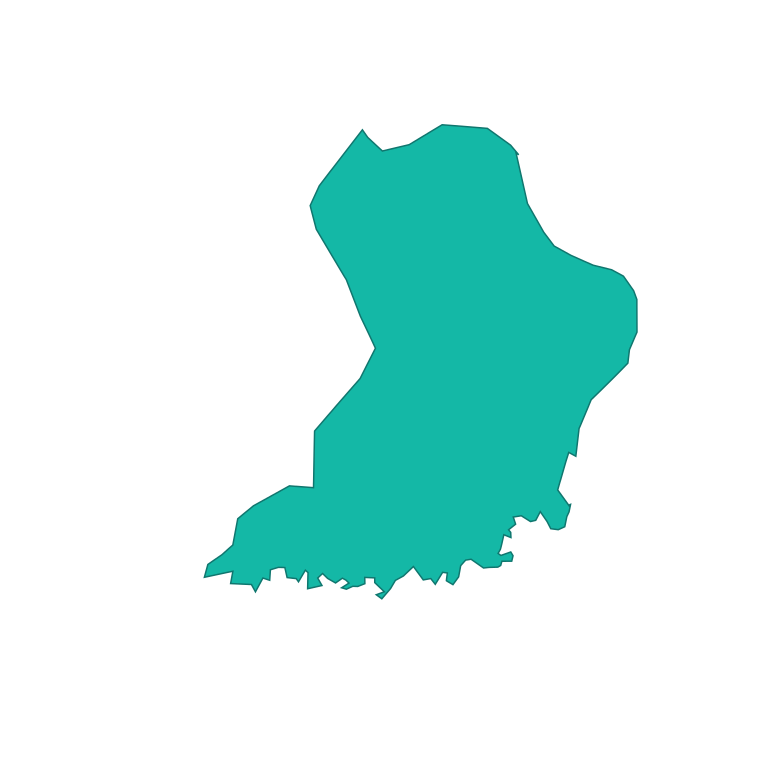 Buu-Yao, Nimba, Liberia (Albers equal-area conic projection), rotated 55°
{"feature_id": "62588387B45934307689461", "entity_name": "Buu-Yao", "entity_type": "district", "adm_level": 2, "iso_a3": "LBR", "parent_name": "Liberia", "parent_adm1": "Nimba", "projection": "albers", "projection_center": [-8.418, 6.861], "detail": "fine", "context": "isolated", "style": "filled", "palette": "teal", "viewbox_px": 768, "rotation_deg": 55, "n_neighbors": 0, "source": "geoboundaries", "source_scale": "gbopen_adm2", "svg_char_len": 2510}
<svg xmlns="http://www.w3.org/2000/svg" viewBox="0 0 768 768"><g transform="rotate(55 384 384)"><path d="M383.6,468.5L398.4,479.3L424.0,497.9L424.5,498.3L428.5,501.2L417.6,514.5L417.1,515.2L413.2,519.9L411.3,538.0L409.6,554.2L408.9,560.9L409.3,565.5L409.7,571.3L410.5,581.1L429.2,600.2L429.8,605.7L430.9,614.7L430.8,625.2L430.8,630.3L430.8,631.8L439.3,642.0L448.7,619.8L450.7,615.2L459.5,624.1L472.2,607.6L480.5,608.5L473.5,594.5L477.5,591.5L479.2,590.2L471.0,583.6L473.6,575.7L476.1,572.3L477.5,570.5L487.0,574.4L493.1,567.5L497.0,567.5L491.4,555.2L494.1,554.6L494.9,554.4L507.9,564.0L513.5,550.4L504.9,549.6L504.0,543.0L508.3,542.2L510.9,541.7L519.2,537.8L519.2,534.7L519.2,529.5L522.7,527.7L527.0,526.9L526.6,535.6L530.5,532.5L531.8,525.6L534.8,521.6L536.0,516.6L536.1,516.1L536.6,514.2L531.4,510.7L537.5,502.8L541.4,505.5L554.4,502.9L552.2,511.2L558.7,509.0L555.6,497.0L555.3,495.9L551.4,487.3L552.4,478.2L551.7,473.5L550.4,464.6L567.0,464.2L570.2,457.3L577.5,456.9L571.9,444.0L574.1,441.6L575.1,440.5L575.9,441.2L579.4,444.4L580.9,445.7L581.5,445.5L587.9,442.6L584.8,433.5L576.8,425.4L575.6,420.4L575.1,418.1L577.5,413.2L591.8,408.0L594.5,403.1L599.3,395.8L599.6,392.5L596.8,389.1L602.4,381.0L598.7,376.8L594.3,376.5L591.5,386.6L588.2,387.7L586.2,383.5L584.6,381.6L582.6,379.3L576.2,372.3L582.6,368.1L578.2,365.3L574.9,365.6L574.8,364.5L574.3,356.6L567.1,354.4L567.9,352.8L570.7,347.1L580.7,342.9L582.7,337.9L578.2,329.2L590.2,329.3L598.2,330.4L603.3,324.8L604.6,317.8L597.5,310.3L594.9,305.8L589.6,300.2L589.4,300.9L590.5,302.2L577.0,302.4L570.4,302.5L565.1,296.0L563.8,294.3L552.0,279.7L546.0,271.9L553.2,268.3L532.3,249.7L531.0,247.5L527.2,241.5L519.2,228.8L518.7,228.1L515.7,223.3L513.9,212.2L513.5,209.7L512.6,204.5L510.9,194.5L509.0,183.9L506.8,172.3L497.5,164.0L496.7,163.3L489.1,151.1L486.6,147.0L466.1,132.8L459.8,128.4L450.8,126.0L433.0,126.0L421.0,132.0L417.9,134.7L406.7,144.5L397.0,150.4L385.8,157.1L368.6,165.5L351.3,166.1L344.1,165.4L322.9,163.4L318.5,163.0L291.2,151.8L270.2,143.2L273.5,142.2L264.5,143.0L261.0,143.3L233.9,152.7L216.4,173.8L205.0,187.7L204.0,201.9L202.4,226.1L198.1,236.9L192.2,251.7L177.9,254.8L172.7,255.9L170.9,255.9L163.4,255.9L164.3,258.8L178.2,303.3L179.1,306.3L184.5,323.3L195.5,342.1L198.0,343.1L218.4,350.7L247.4,352.9L273.1,354.8L276.9,355.0L293.3,359.1L315.0,364.5L335.3,367.9L345.5,369.7L349.8,370.5L353.8,378.0L359.4,388.5L365.8,400.4L374.5,435.7L376.0,441.4L377.4,447.1L382.7,467.8L383.6,468.5Z" fill="#14b8a6" stroke="#0f766e" stroke-width="1.5"/></g></svg>